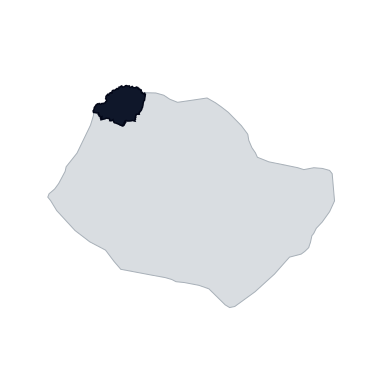 Sanqebethu, Mokhotlong, Lesotho shown in context, rotated 253°
{"feature_id": "5366337B9113351497763", "entity_name": "Sanqebethu", "entity_type": "district", "adm_level": 2, "iso_a3": "LSO", "parent_name": "Lesotho", "parent_adm1": "Mokhotlong", "projection": "equal_earth", "projection_center": [29.193, -29.287], "detail": "fine", "context": "in_parent", "style": "filled", "palette": "ink", "viewbox_px": 384, "rotation_deg": 253, "n_neighbors": 0, "source": "geoboundaries", "source_scale": "gbopen_adm2", "svg_char_len": 6462}
<svg xmlns="http://www.w3.org/2000/svg" viewBox="0 0 384 384"><g transform="rotate(253 192 192)"><path d="M241.0,258.6L231.9,261.9L230.6,262.2L224.8,261.4L217.0,262.2L210.9,264.1L206.1,264.7L198.4,274.3L184.4,300.1L180.7,305.5L179.6,315.6L176.4,323.6L172.4,329.9L168.5,331.4L156.8,328.9L141.8,325.7L133.0,317.9L125.2,307.7L121.0,300.3L116.7,296.2L115.2,293.9L109.1,290.5L106.7,288.7L104.7,287.4L102.2,282.5L100.7,278.2L101.2,266.2L96.9,259.1L89.4,246.9L84.7,236.9L78.2,223.2L74.2,211.6L70.0,199.4L70.5,194.2L74.4,190.7L85.7,184.6L94.5,179.8L100.8,171.2L107.6,158.3L110.9,150.5L114.3,147.0L117.9,141.5L124.2,129.3L131.3,115.8L138.9,101.3L148.5,97.1L161.7,92.3L174.3,79.6L189.3,68.9L213.7,57.2L225.0,54.3L229.3,52.6L232.1,54.8L235.0,61.5L239.1,67.0L248.8,76.7L252.9,79.0L262.8,93.4L273.4,103.2L285.6,114.5L293.9,120.1L298.1,121.6L301.7,131.7L305.2,139.1L307.2,146.0L306.8,152.8L302.9,169.4L297.3,186.3L292.8,193.3L287.3,197.8L282.0,204.4L279.9,218.0L277.5,233.9L270.5,240.5L265.1,244.7L257.6,250.0L241.0,258.6Z" fill="#d9dde1" stroke="#a8b0b8" stroke-width="1"/><path d="M297.6,175.4L298.1,175.4L298.6,175.7L298.6,175.1L298.8,175.1L299.0,175.4L299.4,175.5L299.6,175.7L300.3,175.7L300.5,175.4L300.4,175.1L300.0,174.3L300.2,174.2L300.6,173.8L300.9,173.3L301.1,173.5L301.4,173.4L301.6,173.5L301.7,173.4L302.0,173.4L302.1,172.9L302.5,172.6L302.8,172.6L303.9,173.2L304.2,173.1L304.4,173.2L304.6,172.7L304.8,172.4L305.3,172.3L305.7,172.1L305.7,171.2L305.9,171.1L306.0,171.0L306.1,170.9L306.3,171.2L306.5,171.3L306.9,171.3L307.0,170.7L307.8,170.6L307.8,170.2L308.2,170.0L308.2,169.8L308.6,169.6L308.6,169.1L308.2,168.5L308.4,167.7L308.8,166.9L308.8,166.5L309.1,166.1L310.3,165.9L310.4,165.7L310.4,165.3L310.1,164.7L310.0,164.4L310.1,163.3L310.2,163.1L310.6,163.1L311.2,163.1L311.4,163.2L311.9,163.0L311.9,162.2L311.8,161.7L312.2,161.4L312.6,160.9L312.9,160.5L313.0,160.3L313.1,159.3L312.9,159.1L312.6,158.8L312.5,158.4L312.4,157.7L312.5,157.3L312.6,157.0L312.4,156.3L312.7,156.1L313.1,156.1L313.5,155.8L314.0,155.8L313.8,154.6L313.5,154.0L313.5,153.6L313.4,153.2L313.5,153.0L313.1,152.9L313.0,152.4L312.8,152.1L312.5,152.0L312.5,151.7L312.1,151.4L312.2,151.2L312.6,150.9L312.5,150.7L312.8,150.5L312.6,150.2L312.7,149.9L312.3,149.2L312.3,148.8L311.8,148.0L311.8,147.3L311.9,147.1L312.1,147.1L312.3,146.6L312.3,146.1L312.2,145.8L312.0,145.3L311.3,144.8L311.0,144.8L310.9,144.6L310.4,144.7L310.1,144.6L310.1,143.7L310.3,143.7L310.5,143.7L310.8,143.2L310.6,142.5L310.5,141.9L310.4,141.7L310.0,141.5L309.8,140.8L308.9,140.5L309.1,139.6L309.1,139.3L309.6,139.6L309.8,139.6L309.6,139.3L309.2,138.4L308.5,137.7L308.2,137.5L306.8,137.1L306.4,136.7L305.8,137.0L304.8,137.2L304.5,137.2L304.0,137.0L303.8,136.8L303.7,136.1L303.5,135.8L303.2,135.7L303.0,135.3L302.6,134.9L302.4,133.2L302.7,133.1L302.8,133.0L302.8,131.8L303.0,131.6L303.0,131.4L302.5,130.3L302.6,129.9L302.8,129.8L303.1,129.5L303.5,129.5L303.4,129.2L303.2,128.9L303.4,128.2L303.7,128.0L303.9,128.0L303.9,127.6L303.7,127.5L303.5,127.2L303.7,126.7L303.4,126.5L303.3,126.1L302.9,125.7L303.1,125.5L302.6,125.1L302.5,124.8L302.1,124.4L301.9,124.3L301.8,123.8L301.5,123.4L301.0,123.1L300.6,123.1L300.6,122.9L300.1,122.7L299.7,122.5L299.3,122.1L298.9,121.9L298.6,121.4L298.5,121.5L298.4,121.4L297.6,121.0L297.2,121.1L296.9,121.1L296.8,121.5L296.7,121.6L296.7,121.8L296.5,122.1L296.5,122.3L296.3,122.4L296.3,122.7L296.2,122.8L296.0,123.1L295.9,123.2L295.8,123.3L295.9,123.5L295.7,123.6L295.6,123.9L295.5,124.1L295.4,124.2L295.5,124.4L295.2,124.9L295.3,125.6L295.1,125.8L295.0,125.7L294.7,125.7L293.9,125.1L293.7,125.2L293.7,125.5L293.4,125.8L293.2,125.6L293.1,125.2L292.9,125.3L292.8,125.7L292.6,125.8L292.0,125.4L291.7,125.5L291.7,125.9L291.6,126.1L291.3,126.0L290.9,126.1L290.3,126.2L290.0,126.6L289.8,126.6L289.7,126.6L289.7,126.9L289.9,126.9L290.1,127.1L290.1,127.5L290.4,127.6L290.4,127.9L290.0,127.7L289.8,127.4L289.3,127.4L289.0,126.6L289.2,126.4L289.1,126.2L288.8,126.4L288.8,126.7L288.7,126.8L288.4,126.6L288.3,126.9L288.2,127.0L288.1,126.7L288.2,126.4L287.9,126.0L287.7,126.0L287.7,126.3L287.9,126.5L287.6,126.8L287.6,128.2L287.5,128.9L287.5,129.3L287.4,129.8L287.5,130.9L287.7,131.3L287.7,131.6L287.4,132.2L287.1,132.9L286.8,133.4L286.7,133.7L286.7,134.3L285.4,134.6L285.1,134.3L284.7,134.3L284.3,134.5L284.2,134.4L283.9,135.1L283.7,135.3L283.8,136.1L284.1,137.0L283.8,137.3L283.7,137.4L283.8,137.5L283.7,137.5L283.5,137.4L282.8,137.5L282.5,137.7L282.4,137.9L282.0,137.9L281.8,137.7L281.6,137.7L280.9,138.0L280.7,138.3L280.6,138.6L280.2,139.2L280.1,139.5L279.5,140.1L279.4,140.4L279.1,140.7L279.0,140.9L278.5,141.3L278.0,142.1L277.8,142.2L277.3,142.5L277.2,142.9L276.8,143.1L276.7,143.5L276.4,143.8L276.2,144.0L275.8,144.3L275.6,144.5L275.6,144.9L275.3,145.2L275.4,145.5L275.5,145.3L275.9,145.3L276.0,145.0L276.3,144.9L276.4,145.1L276.3,145.4L276.4,146.1L276.3,146.7L276.3,147.0L276.5,147.1L276.7,146.7L276.8,146.7L277.4,146.9L277.9,147.1L278.1,147.2L278.3,147.4L278.3,148.0L278.0,148.1L277.8,147.9L277.7,147.8L277.4,148.1L277.6,148.2L277.8,148.3L277.9,148.1L278.1,148.3L278.2,149.0L278.6,148.9L278.6,149.0L278.9,149.1L279.1,148.9L279.2,148.7L279.3,148.6L279.5,148.7L279.6,148.9L279.7,149.7L279.6,149.9L279.5,149.7L279.3,149.8L279.5,150.2L279.3,150.4L279.2,150.3L278.9,150.6L278.7,150.9L278.7,151.3L278.6,151.5L278.6,151.4L278.6,151.7L278.4,152.0L278.4,152.3L278.1,153.1L278.1,153.3L278.0,153.6L278.0,153.9L277.9,154.2L277.8,154.9L277.9,155.1L277.9,155.3L277.7,156.3L277.3,156.7L277.3,156.9L277.0,157.3L276.9,157.6L276.7,157.7L276.5,158.1L276.9,158.0L277.1,158.0L277.4,158.5L277.5,158.5L277.8,158.7L278.0,158.9L278.0,159.1L278.7,159.1L279.0,159.4L279.3,159.3L279.6,159.4L279.9,159.7L280.0,160.1L280.5,159.9L280.9,160.1L280.9,160.3L281.2,160.4L281.4,160.7L281.7,160.8L281.8,161.0L282.5,161.3L282.5,161.5L282.6,161.8L282.3,162.5L282.1,163.5L281.8,163.9L281.8,164.2L282.1,164.1L282.5,164.5L282.9,164.6L283.0,164.5L283.2,164.8L283.3,164.8L283.6,164.9L283.6,165.0L283.7,165.4L283.9,165.4L284.1,165.6L284.2,165.9L284.2,166.1L284.4,166.3L284.4,166.5L284.6,166.8L284.9,167.2L285.1,167.5L285.4,167.6L285.5,167.8L285.9,168.2L286.5,168.3L286.6,168.6L286.8,168.8L286.9,168.7L287.0,168.8L287.4,169.3L287.7,169.6L288.0,169.6L288.3,169.8L288.5,170.0L289.2,170.4L289.5,170.5L289.8,170.7L290.1,170.7L290.3,170.9L290.8,171.0L291.1,171.1L291.3,171.4L291.5,171.5L292.3,171.9L293.1,172.5L293.6,173.4L293.8,173.5L295.3,174.2L295.7,174.2L296.3,174.7L297.0,175.0L297.6,175.4Z" fill="#0f172a" stroke="#020617" stroke-width="1.5"/></g></svg>